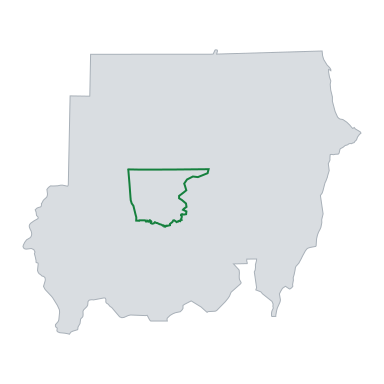 Soudari, North Kordufan, Sudan (highlighted)
{"feature_id": "16777658B52132204049815", "entity_name": "Soudari", "entity_type": "district", "adm_level": 2, "iso_a3": "SDN", "parent_name": "Sudan", "parent_adm1": "North Kordufan", "projection": "orthographic", "projection_center": [27.862, 15.17], "detail": "medium", "context": "in_parent", "style": "outline", "palette": "green", "viewbox_px": 384, "rotation_deg": 0, "n_neighbors": 0, "source": "geoboundaries", "source_scale": "gbopen_adm2", "svg_char_len": 5195}
<svg xmlns="http://www.w3.org/2000/svg" viewBox="0 0 384 384"><path d="M275.8,316.4L271.9,316.5L271.5,315.6L271.5,313.0L271.9,311.1L273.3,308.1L272.9,306.4L273.1,304.0L272.0,301.4L262.6,293.9L260.8,291.8L255.8,289.9L256.6,287.7L254.3,271.9L255.2,270.0L255.5,267.3L255.4,264.8L256.5,260.7L256.6,259.0L246.8,259.1L246.7,260.9L247.2,262.8L247.2,263.6L233.5,263.9L239.1,270.0L239.4,272.8L239.2,276.2L239.3,278.4L239.6,279.8L241.1,282.5L241.0,283.1L240.7,283.7L231.1,292.2L229.5,296.1L228.2,298.1L225.4,301.6L216.6,310.6L215.2,311.2L208.4,311.6L207.7,311.8L207.2,312.3L206.9,312.2L201.1,307.0L191.2,300.9L184.8,304.2L183.0,305.4L183.0,308.4L182.0,310.0L180.3,311.7L175.5,312.7L173.0,313.7L170.1,315.4L167.2,318.2L167.0,319.7L167.3,321.0L150.7,321.0L149.6,319.9L147.2,315.3L145.6,315.6L130.5,315.0L128.3,315.5L124.0,317.4L121.8,317.7L119.6,316.8L111.7,307.5L110.0,306.4L108.2,304.2L106.6,303.2L106.0,302.5L105.8,301.5L105.9,299.5L105.3,298.2L104.1,297.9L93.5,299.9L91.9,299.7L89.7,300.0L88.9,300.4L88.0,301.6L87.8,304.1L87.6,305.4L86.7,306.8L83.7,309.8L83.0,311.2L83.1,314.6L82.9,316.4L82.4,317.2L81.1,318.5L80.6,319.2L80.0,323.6L78.4,326.3L78.0,327.2L77.8,329.1L77.6,329.7L72.7,331.2L70.9,332.1L69.8,333.6L69.5,334.2L67.5,333.7L64.9,333.2L59.8,332.7L57.8,331.9L56.9,330.9L57.2,328.2L56.7,327.6L55.9,327.1L55.4,326.0L55.5,324.6L58.2,321.5L58.8,319.9L59.6,312.2L59.4,309.8L57.4,305.4L52.7,297.8L51.5,296.3L45.6,290.0L44.9,289.1L43.5,286.4L45.2,280.7L45.3,279.2L44.9,277.5L43.4,276.3L42.1,276.1L40.4,274.5L39.2,273.8L38.2,272.4L37.5,270.5L38.2,263.8L37.8,262.9L36.3,262.6L36.0,262.1L36.1,260.8L35.3,256.9L34.4,253.7L35.0,252.0L33.8,249.6L31.3,248.5L26.6,249.1L25.1,249.0L24.1,248.5L23.4,247.6L23.0,246.5L23.4,245.0L24.8,242.2L26.6,239.8L30.0,237.8L31.0,236.7L31.5,235.4L31.7,234.0L31.5,232.4L31.1,231.0L30.1,229.1L29.3,226.9L29.3,225.5L29.7,224.4L30.7,223.2L34.1,220.8L37.7,218.8L38.2,218.1L38.1,217.2L36.5,215.4L36.1,212.1L35.2,209.8L37.0,208.1L38.4,207.5L40.4,207.0L41.2,206.3L41.5,204.9L41.4,203.6L42.2,202.6L43.2,200.5L44.0,199.6L46.7,197.2L47.3,195.6L47.5,194.0L46.9,189.4L48.5,187.4L50.5,185.9L53.3,186.0L57.6,185.8L60.6,185.2L62.7,185.2L67.5,186.2L68.0,185.8L68.3,184.6L70.1,95.9L89.6,96.2L89.8,96.1L90.6,54.3L212.2,54.2L213.2,54.0L215.0,50.1L215.8,49.8L217.1,50.0L217.5,50.9L216.6,54.1L322.1,51.0L322.6,55.8L323.7,59.5L327.0,64.9L329.7,67.7L330.7,69.3L330.9,70.0L330.8,70.7L330.0,70.0L328.6,69.5L328.6,72.0L329.5,77.2L330.8,80.9L330.2,84.3L330.7,90.0L332.4,96.9L332.4,101.3L335.1,111.5L337.6,117.1L338.9,118.4L340.2,119.1L342.8,119.5L346.8,122.2L349.9,125.2L351.1,126.7L352.6,128.4L353.6,128.0L354.2,127.5L355.3,128.9L360.2,131.8L361.0,133.1L359.3,134.6L357.5,137.1L356.7,139.4L356.2,140.2L354.7,141.6L354.4,142.3L353.8,142.8L353.0,142.9L351.4,143.7L350.0,143.5L348.5,144.0L348.0,144.6L346.8,145.1L345.3,145.4L342.9,147.4L340.7,148.5L340.0,149.2L339.1,153.1L338.3,154.1L335.1,154.3L333.5,154.7L331.4,154.4L330.3,154.5L330.1,155.3L329.9,158.6L330.0,160.0L328.3,163.7L329.2,170.6L327.6,175.9L327.4,177.1L325.8,181.3L325.0,182.8L323.0,190.6L322.2,193.0L320.4,195.5L323.1,213.9L321.7,219.6L321.8,222.7L320.9,227.3L320.0,229.4L318.6,232.0L317.5,234.9L316.6,238.7L316.1,245.8L315.7,246.4L309.9,247.5L308.1,248.1L306.9,248.9L305.4,250.8L302.6,255.9L301.1,259.0L298.8,263.2L296.0,266.3L295.4,267.7L295.0,270.4L294.1,274.7L293.2,277.7L293.4,280.1L292.6,284.4L292.8,286.4L291.8,287.6L290.5,288.7L289.5,289.0L285.4,286.3L282.5,288.3L280.8,291.1L279.4,293.9L280.4,299.7L280.3,300.9L279.9,302.3L277.3,308.1L276.6,310.7L275.8,315.3L275.8,316.4Z" fill="#d9dde1" stroke="#a8b0b8" stroke-width="1"/><path d="M176.8,169.5L154.7,169.6L139.4,169.6L128.3,169.4L128.2,169.6L128.3,169.9L128.4,170.9L129.5,184.0L130.5,197.6L130.6,198.4L130.7,200.1L131.7,203.4L133.4,205.8L134.9,211.9L135.5,214.4L135.6,214.8L135.7,215.1L135.8,215.5L136.2,216.9L136.2,217.1L136.3,217.4L136.2,220.6L137.8,220.7L138.5,220.7L139.1,220.8L139.4,220.3L145.0,220.3L146.1,221.6L146.3,221.5L146.6,221.3L146.8,221.3L147.1,221.4L147.1,221.5L147.1,221.4L146.9,221.1L147.8,221.1L147.9,221.3L147.7,221.3L147.6,221.2L147.6,221.3L147.8,221.5L148.0,221.6L148.8,221.7L149.4,221.6L149.6,221.1L149.4,220.8L149.4,220.6L149.5,220.3L149.7,220.2L149.9,220.2L150.1,220.4L151.2,221.3L151.3,221.6L151.2,221.7L151.0,222.0L150.8,222.3L150.7,222.4L150.8,223.1L152.2,223.7L153.7,223.4L154.9,222.2L155.9,222.7L156.3,223.0L157.2,223.0L157.8,223.3L159.6,224.2L159.8,224.2L160.5,224.4L161.1,224.6L161.7,224.8L161.9,224.9L162.7,225.7L163.2,225.7L163.4,225.5L163.5,225.6L164.1,225.7L164.2,226.1L164.5,225.9L164.7,226.0L164.9,226.4L165.0,226.7L165.4,226.7L166.1,225.7L167.5,225.7L167.5,225.8L170.0,225.2L170.0,223.9L172.4,222.0L173.3,220.4L174.2,220.3L175.8,221.4L176.6,222.1L177.5,221.5L177.9,221.7L178.3,221.5L178.7,221.0L179.6,220.7L179.8,221.1L180.2,221.2L180.4,220.8L180.6,220.3L181.6,219.9L181.0,219.1L181.4,218.5L181.8,216.9L181.8,216.1L181.0,215.4L181.1,214.6L182.1,214.1L183.7,214.6L186.1,214.2L186.4,211.4L183.0,209.8L183.7,208.9L186.5,206.9L186.0,203.5L181.9,200.0L179.1,198.3L179.1,195.9L184.1,192.1L186.3,190.3L185.0,185.9L184.2,183.6L187.0,179.5L192.9,176.5L197.9,177.1L207.6,173.2L208.6,169.2L176.8,169.5Z" fill="none" stroke="#15803d" stroke-width="2"/></svg>